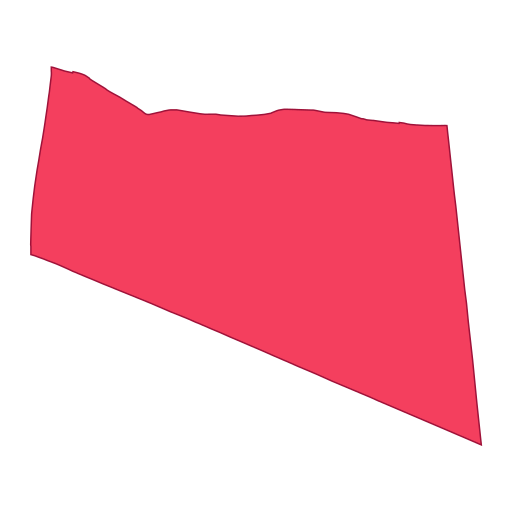 Pathum Wan, Bangkok Metropolis, Thailand
{"feature_id": "78962969B24986508007859", "entity_name": "Pathum Wan", "entity_type": "district", "adm_level": 2, "iso_a3": "THA", "parent_name": "Thailand", "parent_adm1": "Bangkok Metropolis", "projection": "orthographic", "projection_center": [100.531, 13.738], "detail": "fine", "context": "isolated", "style": "filled", "palette": "rose", "viewbox_px": 512, "rotation_deg": 0, "n_neighbors": 0, "source": "geoboundaries", "source_scale": "gbopen_adm2", "svg_char_len": 2920}
<svg xmlns="http://www.w3.org/2000/svg" viewBox="0 0 512 512"><path d="M382.5,402.6L457.4,434.6L481.3,444.9L476.8,402.5L472.6,360.0L468.3,321.8L466.5,303.4L464.7,289.4L464.0,282.8L461.3,257.7L458.5,231.4L455.8,206.2L454.4,194.8L453.8,189.5L451.8,170.8L450.7,160.7L448.5,140.2L447.6,132.2L447.1,127.2L446.9,125.6L445.1,125.5L439.9,125.6L433.3,125.6L427.7,125.5L426.3,125.5L425.4,125.5L425.2,125.5L417.1,125.0L416.3,125.0L415.3,124.9L410.4,124.5L407.3,124.0L403.8,123.1L399.3,122.5L399.3,123.2L399.2,123.4L398.7,123.4L397.9,123.3L397.0,123.2L393.0,122.8L387.5,122.4L386.5,122.3L383.6,121.9L373.8,120.5L372.9,120.4L372.3,120.4L372.1,120.4L367.1,119.9L366.4,119.8L365.6,119.5L363.9,119.0L363.5,118.9L363.2,118.8L362.8,118.8L361.6,118.7L361.1,118.6L356.7,117.0L348.7,114.3L348.2,114.2L347.5,114.1L347.1,114.0L345.9,113.8L343.4,113.4L337.2,112.8L336.1,112.7L327.0,112.4L325.0,112.3L324.4,112.2L323.6,112.1L323.3,112.0L316.3,110.6L314.1,110.2L313.2,110.1L311.8,110.1L296.7,109.6L295.2,109.5L287.4,109.3L284.0,109.3L282.6,109.5L279.6,110.0L278.1,110.3L277.7,110.5L276.9,110.7L272.2,112.6L271.7,112.8L271.1,113.2L267.8,113.8L264.5,114.4L256.8,115.2L251.5,115.5L245.8,116.1L238.0,116.2L220.6,115.0L219.1,114.7L215.8,114.2L211.5,114.2L205.0,114.3L200.3,113.8L189.1,112.0L182.8,110.9L177.5,110.0L176.8,109.9L176.1,109.9L173.6,109.9L171.5,109.9L170.7,109.9L169.5,110.0L168.7,110.1L168.1,110.2L167.9,110.3L167.7,110.3L164.0,111.0L161.0,111.9L157.6,112.6L153.3,113.6L149.7,114.4L149.2,114.5L148.3,114.5L147.8,114.5L147.1,114.4L146.7,114.3L146.0,114.1L145.3,113.7L145.1,113.6L144.4,113.1L142.8,111.8L141.5,110.7L140.9,110.3L137.6,108.2L136.8,107.4L136.3,107.1L129.9,103.3L126.3,101.2L120.0,97.3L119.6,97.1L119.3,96.9L119.2,96.9L118.9,96.7L115.2,94.7L114.6,94.4L109.9,91.8L107.3,90.2L106.9,89.9L105.3,88.6L96.0,82.9L95.8,82.8L94.7,82.1L92.9,81.0L92.7,80.9L91.9,80.4L90.3,79.3L89.8,78.9L88.9,77.8L88.3,77.5L87.4,76.9L87.2,76.8L86.9,76.5L85.1,75.4L84.3,75.0L82.5,74.3L82.0,74.1L80.2,73.5L78.4,73.0L76.8,72.6L73.0,71.7L72.6,72.9L71.8,72.7L64.5,71.0L53.4,67.5L52.6,67.3L51.3,67.1L51.3,71.1L51.4,72.3L51.4,74.2L51.3,75.9L50.4,83.2L49.3,92.6L48.8,95.7L47.4,106.3L47.2,107.8L45.8,117.2L45.0,122.8L44.2,128.1L42.6,138.1L40.6,149.0L38.7,160.8L37.1,170.0L34.9,184.8L34.7,186.2L33.2,198.5L31.9,211.0L31.6,214.1L31.1,229.2L30.8,240.3L30.7,244.7L30.9,246.5L30.9,254.6L33.3,255.3L35.0,255.8L38.1,257.0L43.7,259.0L47.1,260.4L48.7,261.0L55.9,263.7L59.7,265.3L63.1,266.8L69.1,269.5L70.5,270.2L71.2,270.5L72.6,271.2L76.6,272.8L77.6,273.3L86.5,277.0L92.4,279.4L99.3,282.3L102.6,283.7L122.8,291.9L150.6,303.2L170.8,311.9L186.1,318.0L188.7,319.1L196.1,322.4L197.5,322.9L200.4,324.1L202.8,325.2L203.9,325.6L211.6,329.0L219.1,332.1L230.4,337.1L251.0,345.9L257.6,348.7L274.9,356.3L284.4,360.4L285.4,360.8L298.1,366.4L315.9,373.9L332.2,381.2L363.1,394.2L369.8,397.0L379.1,401.2L379.8,401.4L382.5,402.6Z" fill="#f43f5e" stroke="#9f1239" stroke-width="1.5"/></svg>